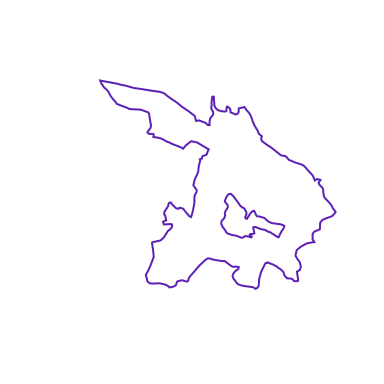 outline of Kafr Al-Shaykh, Kafr ash Shaykh, Egypt, rotated 302°
{"feature_id": "37247803B58059087530492", "entity_name": "Kafr Al-Shaykh", "entity_type": "district", "adm_level": 2, "iso_a3": "EGY", "parent_name": "Egypt", "parent_adm1": "Kafr ash Shaykh", "projection": "albers", "projection_center": [30.959, 31.2], "detail": "fine", "context": "isolated", "style": "outline", "palette": "violet", "viewbox_px": 384, "rotation_deg": 302, "n_neighbors": 0, "source": "geoboundaries", "source_scale": "gbopen_adm2", "svg_char_len": 6105}
<svg xmlns="http://www.w3.org/2000/svg" viewBox="0 0 384 384"><g transform="rotate(302 192 192)"><path d="M237.9,55.1L235.9,57.9L235.1,59.9L234.1,61.9L233.6,65.1L233.1,67.0L232.1,69.0L230.1,72.6L228.6,76.6L228.4,77.8L226.9,81.5L227.8,86.4L228.3,89.1L229.0,92.1L229.2,94.5L229.9,96.3L234.7,105.0L236.4,112.9L235.6,114.1L231.7,117.5L226.3,122.3L224.4,122.8L222.4,122.8L220.7,122.5L219.7,122.5L218.8,122.7L218.5,125.0L219.2,125.7L220.7,128.7L219.7,129.6L219.0,129.9L218.2,130.1L218.5,130.9L219.4,132.8L220.8,136.8L221.3,139.8L221.3,143.5L222.0,146.7L222.2,149.6L223.4,155.6L223.6,156.8L223.8,157.8L224.0,159.3L224.0,161.5L228.3,162.1L234.6,164.4L236.7,169.9L237.0,183.6L236.5,183.5L233.1,184.2L231.1,184.5L228.7,182.5L228.2,182.0L226.3,182.2L225.5,182.7L223.9,181.3L223.4,182.1L221.2,182.9L218.7,183.6L216.5,184.5L212.1,186.7L210.2,186.9L203.6,187.8L200.7,188.8L198.5,189.5L197.8,191.2L196.0,195.1L194.6,195.8L192.4,196.0L191.2,196.0L190.5,196.2L189.5,196.5L187.0,197.9L184.8,199.4L182.1,200.6L179.0,201.8L175.1,203.2L173.1,203.8L171.6,204.2L171.1,204.2L170.2,204.4L170.0,202.7L171.5,198.0L172.4,195.3L173.2,193.3L172.0,189.6L170.6,189.4L169.8,187.4L170.1,185.4L170.9,182.0L171.4,180.8L171.9,179.8L171.1,178.5L169.7,178.3L167.5,179.2L164.6,179.2L160.4,179.1L158.2,180.3L158.0,181.6L154.3,185.2L152.9,184.0L151.2,183.2L150.0,185.0L149.6,185.3L150.6,186.9L152.1,188.9L152.8,189.9L154.0,191.9L153.5,192.6L151.3,193.6L148.9,193.3L146.5,192.3L144.5,192.2L141.1,192.2L138.2,192.2L134.6,191.1L134.1,190.9L129.0,185.6L127.8,184.9L126.9,185.7L125.8,186.6L122.2,189.7L119.0,192.2L116.8,193.9L108.0,195.7L104.9,196.2L103.1,196.4L101.2,196.6L99.0,196.6L97.1,196.8L96.3,197.6L94.9,199.3L92.9,201.2L92.4,202.4L92.2,204.5L93.3,206.9L96.9,212.1L97.9,214.1L98.8,217.0L99.3,218.3L99.5,219.8L99.5,222.7L99.1,223.3L100.2,224.7L101.7,226.2L102.4,226.7L103.4,227.2L104.6,227.7L106.5,227.2L108.5,227.0L111.9,230.3L113.0,234.5L113.8,235.7L115.2,235.7L116.7,235.0L118.9,235.0L120.8,235.3L122.2,235.5L123.0,235.6L125.9,236.1L126.5,236.2L133.4,237.2L136.3,238.0L139.8,238.9L141.0,239.2L142.9,240.0L143.9,240.5L145.1,242.2L145.5,244.7L149.1,253.6L150.8,256.4L150.0,265.0L150.4,266.9L151.9,268.4L153.1,271.4L151.4,272.1L147.5,270.6L144.3,270.3L142.4,270.8L140.2,273.5L139.9,274.9L138.4,278.6L138.2,280.1L138.6,282.3L139.6,285.3L140.8,288.0L143.6,294.2L143.6,297.4L144.6,297.7L145.3,298.2L146.8,298.4L148.0,298.2L149.2,297.5L150.9,296.7L152.1,296.0L153.8,295.1L157.0,294.1L161.2,292.9L163.3,292.7L169.2,292.1L170.4,292.1L170.6,292.2L171.1,292.6L171.6,293.3L172.3,293.3L172.5,293.8L172.6,294.2L172.9,297.1L173.3,298.3L173.5,299.5L173.5,301.0L173.7,302.5L173.7,303.4L173.4,304.9L173.4,307.9L172.9,310.8L172.4,312.3L171.0,313.5L170.0,315.2L169.7,316.4L169.6,316.9L169.5,317.7L169.2,318.1L169.2,318.4L170.9,321.6L171.3,322.9L171.1,324.1L170.6,325.8L171.3,327.3L171.8,327.8L172.3,328.9L173.2,328.8L173.5,328.8L180.1,323.2L183.1,324.8L186.2,324.0L188.1,322.1L189.8,320.3L190.8,317.4L191.4,316.3L192.7,313.7L193.8,313.1L198.2,311.6L202.9,313.1L208.5,316.1L210.4,317.7L210.9,318.3L214.4,322.3L215.7,319.4L220.3,316.5L223.2,316.7L228.1,320.2L234.0,316.9L237.7,317.5L240.7,319.7L245.5,323.4L245.8,323.6L248.5,324.1L250.9,324.5L251.8,322.9L253.0,319.7L254.0,318.5L254.4,317.7L255.0,316.3L255.1,315.9L255.7,314.0L256.5,311.2L257.2,308.1L258.8,305.6L259.4,305.2L261.0,303.8L263.0,302.3L263.4,302.0L264.6,300.6L265.1,298.7L265.2,298.2L265.5,296.7L265.6,296.4L267.0,294.4L269.1,294.5L270.3,294.5L269.2,291.1L268.2,290.6L267.2,290.1L266.9,290.0L268.5,287.8L269.2,286.8L270.0,285.5L271.7,279.2L272.0,278.2L272.6,276.3L272.8,275.7L273.2,274.5L273.4,273.2L273.5,272.8L273.5,271.0L272.6,267.3L271.9,264.8L271.4,261.8L270.6,257.0L271.3,255.0L271.9,252.8L271.4,250.7L270.7,249.4L270.3,247.8L271.7,235.2L271.7,230.6L272.3,224.1L272.6,223.8L274.1,222.2L276.3,221.7L276.8,217.8L278.0,216.3L279.2,214.4L280.5,211.7L282.2,208.7L284.4,205.6L285.4,204.4L287.1,202.4L288.8,199.7L289.8,197.0L290.1,195.5L291.8,191.4L287.7,187.4L286.5,187.9L285.5,188.6L284.8,189.1L282.9,189.3L280.9,188.0L280.0,182.4L282.4,180.7L283.2,178.7L283.0,176.5L281.7,176.7L280.8,177.2L279.1,178.2L278.6,178.2L277.6,177.2L277.1,176.4L276.7,175.2L276.2,174.2L275.2,170.7L275.5,168.3L276.2,166.8L277.0,165.3L279.4,163.6L281.6,161.9L284.4,160.0L283.6,158.8L282.9,159.0L282.6,159.0L282.1,159.5L281.2,159.7L279.0,160.7L277.0,161.9L276.3,162.6L273.3,163.8L272.4,165.0L271.4,167.0L270.4,168.2L268.7,168.9L266.7,168.7L264.1,168.4L261.6,169.3L259.4,170.5L258.0,171.5L257.3,170.0L257.3,169.0L257.8,166.8L256.4,159.9L254.4,157.9L255.4,156.7L256.4,155.7L257.4,154.5L258.1,153.8L258.1,151.6L258.4,149.3L258.7,146.1L259.0,137.5L259.8,132.4L260.0,127.7L260.1,123.3L260.4,120.1L260.9,116.1L260.4,113.4L259.5,110.7L258.0,107.5L256.4,103.8L254.2,98.6L252.1,93.6L249.5,87.9L246.9,79.0L245.2,74.8L244.2,71.3L237.9,55.1ZM210.1,230.0L207.1,237.6L205.8,240.5L205.6,243.2L205.8,245.0L203.6,248.9L202.1,249.9L198.7,250.6L198.0,251.5L198.4,252.8L202.3,252.8L204.5,252.8L207.7,253.4L208.9,254.6L207.9,256.6L206.7,258.0L205.9,260.0L207.1,262.5L207.8,265.4L208.1,266.2L208.3,267.2L208.3,267.4L208.0,269.1L207.5,271.6L207.5,273.8L208.0,276.3L210.6,282.2L211.3,283.5L212.0,285.9L212.2,287.9L212.0,288.4L209.8,288.9L205.9,288.8L203.2,289.0L202.0,289.0L200.8,289.5L199.8,289.5L199.3,289.2L199.2,288.5L199.2,281.6L199.4,279.9L199.2,279.6L198.5,276.4L198.7,275.4L198.3,273.2L197.6,271.7L196.4,267.5L196.2,264.8L194.7,262.7L193.7,263.3L190.1,266.7L189.1,266.2L188.1,265.2L187.5,264.2L187.2,263.7L186.7,263.7L186.2,263.7L185.7,266.4L185.0,266.4L184.5,265.6L184.3,263.9L182.8,260.4L181.1,259.7L179.9,258.9L179.2,257.7L179.0,256.2L178.7,254.2L178.5,253.0L177.6,250.9L177.1,249.8L176.4,247.3L176.1,245.8L175.7,244.4L175.9,243.1L175.9,242.6L176.7,241.2L177.7,239.0L178.4,237.0L179.6,235.0L180.6,233.6L182.6,232.6L183.1,232.6L184.0,232.6L186.9,233.2L189.9,232.5L191.1,231.2L193.5,230.5L196.9,230.6L198.2,230.3L199.4,229.6L200.1,228.6L200.6,226.7L200.9,226.0L201.1,225.5L201.4,225.2L201.6,224.7L201.9,224.6L203.1,224.3L205.3,224.0L207.2,223.8L209.4,224.1L211.1,226.1L210.1,230.0Z" fill="none" stroke="#5b21b6" stroke-width="2"/></g></svg>